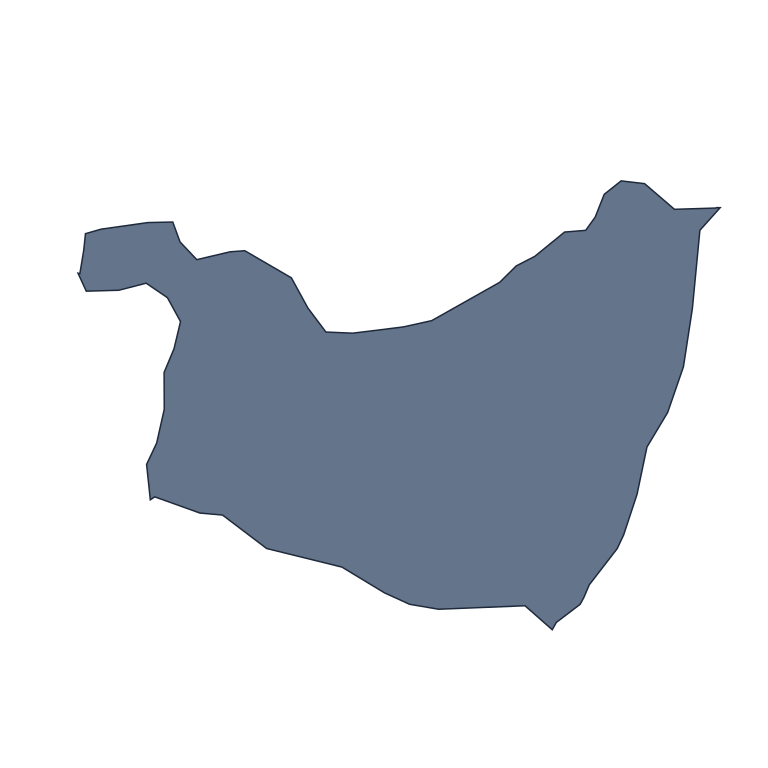 the County of Yunlin, rotated 186°
{"feature_id": "TWN-1176", "entity_name": "Yunlin", "entity_type": "County", "adm_level": 1, "iso_a3": "TWN", "parent_name": "Taiwan", "parent_adm1": "", "projection": "equal_earth", "projection_center": [120.426, 23.673], "detail": "fine", "context": "isolated", "style": "filled", "palette": "slate", "viewbox_px": 768, "rotation_deg": 186, "n_neighbors": 0, "source": "natural_earth", "source_scale": "10m", "svg_char_len": 931}
<svg xmlns="http://www.w3.org/2000/svg" viewBox="0 0 768 768"><g transform="rotate(186 384 384)"><path d="M68.1,594.5L85.9,569.9L85.2,491.1L88.0,432.4L98.9,385.4L115.9,348.8L120.8,300.8L129.9,258.9L134.9,244.6L158.9,205.7L162.9,192.6L165.9,185.4L187.7,164.9L191.0,157.2L220.6,178.2L306.2,165.7L335.6,167.6L361.6,176.3L406.7,197.5L483.5,208.1L530.9,236.8L553.6,236.4L600.2,247.8L604.3,244.4L611.7,279.2L603.9,301.6L599.9,335.9L603.9,372.5L596.5,397.2L592.9,424.8L608.4,447.2L631.1,459.4L657.6,449.5L689.8,445.2L699.9,462.2L698.0,462.0L696.6,485.8L696.6,502.3L681.3,508.5L635.6,519.9L611.0,523.0L601.7,504.0L583.2,488.1L550.8,499.4L536.4,502.0L487.2,479.9L467.7,451.7L447.2,429.6L420.3,431.3L371.1,442.7L343.2,452.0L279.6,497.2L264.8,515.3L247.4,526.7L220.3,554.0L199.5,557.9L191.4,572.1L184.8,595.7L169.4,610.8L145.8,610.5L113.4,588.1L72.3,593.7L71.7,594.2L68.1,594.5Z" fill="#64748b" stroke="#1e293b" stroke-width="1.5"/></g></svg>